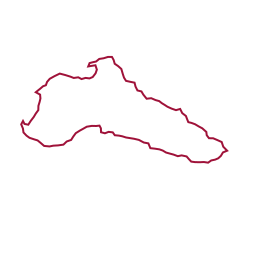 the district of Caxambu, Minas Gerais, Brazil, rotated 298°
{"feature_id": "56859067B54903020095335", "entity_name": "Caxambu", "entity_type": "district", "adm_level": 2, "iso_a3": "BRA", "parent_name": "Brazil", "parent_adm1": "Minas Gerais", "projection": "albers", "projection_center": [-44.947, -21.993], "detail": "fine", "context": "isolated", "style": "outline", "palette": "rose", "viewbox_px": 256, "rotation_deg": 298, "n_neighbors": 0, "source": "geoboundaries", "source_scale": "gbopen_adm2", "svg_char_len": 1719}
<svg xmlns="http://www.w3.org/2000/svg" viewBox="0 0 256 256"><g transform="rotate(298 128 128)"><path d="M81.1,32.0L78.2,35.5L75.0,37.8L73.6,42.0L73.1,45.6L73.9,50.4L74.6,54.0L73.9,57.5L72.8,62.4L74.9,67.4L77.3,70.3L79.8,74.4L83.0,78.8L87.3,80.2L90.8,83.4L94.8,83.7L98.9,84.3L103.1,86.7L106.0,88.6L109.8,91.0L112.9,95.1L114.8,98.9L116.7,101.7L115.0,104.2L111.6,106.2L112.5,110.1L115.5,112.7L117.0,116.6L115.4,119.7L117.0,123.5L118.0,126.9L118.7,130.7L120.0,134.5L121.3,138.3L122.6,143.2L122.6,148.8L124.0,153.2L120.7,157.2L122.4,161.5L123.9,165.8L124.4,169.3L124.2,173.1L125.1,177.2L125.9,180.7L126.5,185.2L129.0,188.2L130.4,193.1L129.1,196.4L128.0,199.6L129.3,203.1L131.4,207.3L133.6,211.0L135.0,215.0L138.4,216.7L141.0,219.8L143.6,221.9L147.0,223.1L151.0,223.3L154.5,226.2L156.2,220.9L159.6,217.3L159.3,212.6L158.9,208.0L157.0,204.3L158.6,200.9L161.3,199.0L162.6,193.7L162.6,189.8L162.8,185.4L162.3,181.7L161.5,178.5L163.5,176.1L165.8,173.5L166.6,168.9L169.3,165.1L166.3,162.0L165.6,157.5L165.3,152.8L165.6,149.5L165.8,146.2L166.4,142.9L165.6,139.3L165.2,134.5L162.6,130.7L164.7,125.8L166.6,122.7L165.6,118.7L168.1,115.2L171.1,112.5L169.9,108.5L168.7,104.1L170.6,100.8L173.3,98.0L177.0,94.4L178.0,90.3L178.5,86.1L181.3,83.4L183.2,80.5L181.4,77.0L178.1,73.7L175.5,70.2L171.7,68.6L169.5,66.0L167.3,63.6L163.7,64.0L166.0,67.0L168.1,69.8L164.9,73.1L161.0,73.7L156.4,72.9L153.7,70.7L152.3,67.0L149.4,64.0L149.4,60.3L146.7,56.6L146.3,53.0L145.3,47.7L144.0,42.2L139.2,38.7L134.7,35.8L130.7,34.9L127.2,35.4L125.0,33.4L121.4,32.0L116.3,29.8L116.2,34.7L113.0,36.8L109.6,37.7L105.5,38.5L101.7,40.4L97.5,39.8L93.5,39.6L88.7,38.8L84.1,38.4L83.0,34.7L84.9,32.0L81.1,32.0Z" fill="none" stroke="#9f1239" stroke-width="2"/></g></svg>